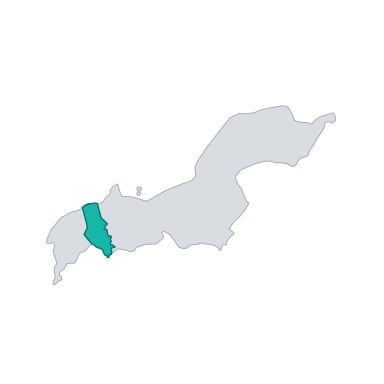 where Rumphi sits in Malawi, rotated 255°
{"feature_id": "MWI-1903", "entity_name": "Rumphi", "entity_type": "District", "adm_level": 1, "iso_a3": "MWI", "parent_name": "Malawi", "parent_adm1": "", "projection": "mercator", "projection_center": [33.827, -10.78], "detail": "fine", "context": "in_parent", "style": "filled", "palette": "teal", "viewbox_px": 384, "rotation_deg": 255, "n_neighbors": 0, "source": "natural_earth", "source_scale": "10m", "svg_char_len": 4604}
<svg xmlns="http://www.w3.org/2000/svg" viewBox="0 0 384 384"><g transform="rotate(255 192 192)"><path d="M149.2,221.4L147.0,218.4L145.3,219.2L142.8,221.2L141.5,221.8L140.8,221.7L140.4,221.2L139.9,219.9L138.0,216.1L135.9,213.4L133.7,212.3L131.8,211.1L132.6,209.9L133.5,209.0L133.1,208.1L132.1,206.8L128.1,204.9L128.1,204.1L131.6,202.5L133.8,200.5L135.3,198.7L137.2,194.6L138.7,190.5L139.9,189.2L140.3,186.5L140.0,183.5L140.8,179.6L141.2,175.9L140.0,174.5L139.0,172.1L140.2,167.9L142.0,165.0L150.8,162.0L156.9,159.3L158.2,158.1L160.3,155.8L161.5,153.5L160.7,152.8L155.8,152.8L154.7,151.9L151.2,144.0L153.1,134.9L153.3,131.3L153.2,126.9L152.6,123.6L151.1,122.3L150.1,120.5L150.4,115.8L151.8,115.2L154.9,109.0L156.2,105.3L154.6,102.3L152.8,98.1L152.0,95.5L151.5,94.6L152.8,92.9L154.8,91.3L157.1,90.9L159.6,90.1L167.3,82.4L167.4,80.9L166.0,78.3L163.1,74.3L162.5,72.7L162.1,68.0L161.0,66.6L156.8,63.4L153.5,60.1L154.5,56.7L155.1,53.0L153.5,51.0L151.1,48.9L149.6,45.8L148.9,43.5L147.0,42.6L145.3,42.6L144.0,44.0L142.7,43.9L141.0,43.4L140.4,41.4L140.4,39.2L139.2,37.8L138.1,35.8L138.0,34.7L138.7,34.4L140.1,34.2L146.3,38.3L150.1,38.4L154.3,39.2L157.9,42.8L159.7,43.2L162.1,42.8L168.8,42.4L171.6,42.9L175.0,45.0L176.4,45.3L178.6,45.4L179.0,44.8L179.2,43.6L178.8,41.1L179.3,39.7L180.7,38.2L184.3,39.9L193.6,47.7L193.8,48.8L199.7,56.5L201.6,59.8L201.6,61.5L203.4,68.3L203.8,71.4L203.4,73.9L203.5,75.8L204.2,78.6L204.0,79.7L206.1,83.8L207.1,87.2L207.3,90.5L206.7,93.8L204.9,98.5L204.5,100.4L204.9,102.2L206.1,104.0L208.1,106.1L209.6,108.5L210.7,111.4L211.5,112.7L212.6,112.7L214.6,113.1L216.2,114.8L218.0,117.7L218.6,120.9L218.9,122.3L213.6,122.2L207.0,122.7L205.4,124.0L204.9,126.8L202.8,132.7L201.6,134.8L199.2,138.7L195.7,144.3L195.0,146.1L195.1,147.9L197.2,155.5L199.3,163.4L200.0,166.5L201.5,177.0L202.4,184.5L202.5,188.8L203.2,194.7L205.1,197.9L207.1,199.9L214.6,201.1L216.8,202.5L221.1,206.3L230.3,216.6L235.4,223.2L239.9,229.1L247.9,239.9L254.1,248.3L254.9,256.2L255.9,257.4L253.8,263.2L252.5,272.7L253.4,279.0L253.0,289.8L251.9,301.3L250.5,305.4L248.6,306.9L244.3,308.2L234.7,309.6L233.3,311.0L232.1,313.2L230.1,318.5L227.9,323.8L227.1,326.1L227.6,326.7L229.6,329.4L231.7,336.4L232.0,348.4L231.3,349.3L228.5,349.8L225.4,349.6L224.2,349.0L223.1,347.6L222.2,345.1L224.2,343.3L224.9,340.1L223.7,337.5L221.1,336.9L217.9,334.4L210.9,326.4L205.1,320.8L201.8,316.2L198.3,314.3L197.3,313.2L196.5,311.2L196.5,308.4L196.8,306.3L195.7,304.0L192.3,300.3L190.7,298.3L190.6,295.9L192.1,293.6L195.0,290.8L197.3,285.1L198.1,281.4L202.3,274.0L202.9,267.6L203.0,262.5L202.7,258.6L201.6,250.8L200.9,245.3L195.7,238.2L194.0,237.5L189.1,238.2L184.9,239.2L182.8,240.7L179.6,240.8L171.4,242.0L168.8,242.5L167.3,243.8L166.4,244.1L161.2,238.6L156.6,232.7L150.8,222.6L149.2,221.4ZM209.4,143.9L208.0,144.2L207.1,143.5L207.3,141.3L207.8,139.8L209.2,139.5L210.1,139.9L210.8,140.6L210.8,141.8L210.4,143.0L209.4,143.9ZM206.3,139.9L205.5,142.1L203.9,142.1L202.3,140.1L202.8,138.7L204.3,138.2L205.6,138.8L206.3,139.9Z" fill="#d9dde1" stroke="#a8b0b8" stroke-width="1"/><path d="M205.5,82.0L205.7,82.6L205.7,83.3L205.8,83.6L206.6,84.6L207.0,85.4L207.0,86.3L206.5,87.1L206.8,87.5L207.0,87.9L207.3,88.1L207.5,88.4L207.6,88.9L207.1,89.3L206.9,89.6L207.0,90.7L206.5,93.2L206.5,95.0L206.4,95.4L205.7,97.0L205.3,97.5L205.1,97.5L190.1,97.5L188.6,98.8L183.1,102.0L182.5,101.0L182.0,100.2L181.5,99.6L178.9,97.5L178.6,97.4L178.5,97.7L178.4,97.9L178.1,99.7L177.8,99.9L177.2,100.0L173.5,99.5L172.3,99.6L170.8,100.0L170.6,100.1L170.5,100.4L170.6,100.6L170.7,100.9L170.8,101.0L170.9,101.4L170.8,101.7L170.5,102.0L170.2,102.2L169.9,102.3L169.6,102.4L169.2,102.3L168.9,102.1L168.7,101.8L168.3,101.2L168.1,101.0L167.8,100.9L166.2,101.1L165.8,101.2L165.3,101.1L164.8,100.8L164.4,100.4L164.0,100.1L163.6,99.8L163.2,99.6L162.6,99.8L162.4,100.0L162.1,100.2L161.6,101.1L161.4,101.4L160.8,102.0L160.1,102.6L159.3,103.2L159.0,103.3L158.7,103.2L158.5,102.8L158.6,102.5L158.7,102.1L158.8,101.8L158.9,101.4L158.9,101.0L158.8,100.3L158.6,99.6L158.4,99.4L158.1,99.2L156.7,99.2L155.3,99.0L153.5,98.2L152.7,97.9L152.6,96.7L152.3,95.4L151.7,94.9L151.2,95.0L150.7,95.0L150.3,94.8L150.4,94.2L150.7,93.5L151.1,93.3L151.5,93.5L152.0,93.5L152.6,93.1L153.3,92.0L153.8,91.6L154.4,91.4L155.4,91.2L155.9,91.0L156.5,90.9L157.8,91.1L158.4,91.2L158.9,90.9L159.6,90.2L160.2,90.1L161.0,89.6L161.5,88.9L162.1,87.3L164.0,85.1L164.6,84.7L165.1,84.5L166.6,83.4L167.3,82.8L167.9,81.8L167.9,81.7L169.0,81.2L178.8,76.8L184.4,81.5L185.3,82.0L185.5,82.0L186.0,81.9L186.4,81.8L186.8,81.8L187.6,82.1L188.1,82.1L205.3,82.1L205.5,82.0Z" fill="#14b8a6" stroke="#0f766e" stroke-width="1.5"/></g></svg>